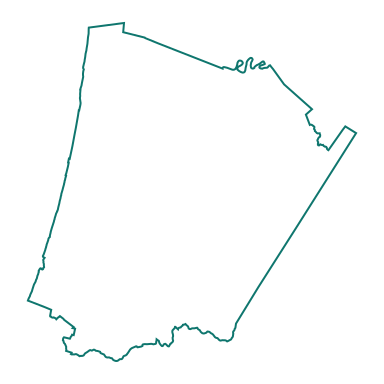 Horowhenua District, Manawatu-Wanganui, New Zealand
{"feature_id": "76426892B7250308358266", "entity_name": "Horowhenua District", "entity_type": "district", "adm_level": 2, "iso_a3": "NZL", "parent_name": "New Zealand", "parent_adm1": "Manawatu-Wanganui", "projection": "orthographic", "projection_center": [175.297, -40.577], "detail": "fine", "context": "isolated", "style": "outline", "palette": "teal", "viewbox_px": 384, "rotation_deg": 0, "n_neighbors": 0, "source": "geoboundaries", "source_scale": "gbopen_adm2", "svg_char_len": 5734}
<svg xmlns="http://www.w3.org/2000/svg" viewBox="0 0 384 384"><path d="M236.0,323.6L258.5,286.9L295.4,229.0L356.1,133.1L345.3,126.4L342.8,129.7L328.4,150.2L327.9,149.9L327.0,148.9L326.9,148.7L326.8,147.7L326.2,146.9L325.6,146.6L325.0,146.7L323.8,146.0L323.0,144.9L322.4,145.1L321.5,144.9L320.3,144.3L320.0,144.4L319.4,145.3L318.7,145.4L318.3,145.3L317.9,144.8L318.1,144.2L317.9,143.8L318.2,142.2L317.9,141.8L317.4,140.5L317.4,140.1L318.0,139.1L318.2,138.4L319.1,137.2L319.8,136.9L320.2,135.9L320.1,134.6L319.6,133.6L319.6,133.3L317.6,133.4L316.8,133.0L315.4,131.4L314.9,131.1L314.8,129.9L314.0,128.9L314.3,127.9L314.4,127.0L313.5,126.0L313.1,125.9L312.4,125.2L311.2,124.7L310.4,124.6L309.8,124.9L305.9,114.6L312.0,109.2L284.1,84.4L273.0,69.0L271.1,66.7L270.1,65.3L269.3,65.5L267.6,67.4L267.1,67.7L264.5,67.9L263.0,68.3L262.3,68.7L260.6,68.4L260.0,68.1L259.6,67.8L259.4,67.4L259.5,66.7L260.2,65.7L263.8,64.5L264.8,63.9L264.6,63.2L263.7,61.6L263.1,61.4L262.3,61.7L259.7,63.7L257.7,64.8L256.8,65.1L254.8,66.7L254.3,67.4L254.3,67.9L253.6,68.4L252.8,68.6L251.5,68.2L251.0,67.4L250.7,65.4L251.2,62.4L251.9,61.3L252.6,59.7L252.6,59.3L252.1,58.4L251.6,58.0L250.6,57.9L250.0,58.2L249.0,59.0L248.2,59.8L247.1,61.3L246.8,62.0L246.6,62.8L246.5,64.5L245.7,67.6L245.3,70.3L245.0,71.1L244.5,72.0L243.9,72.4L242.9,72.6L242.2,72.5L240.6,71.9L238.8,70.8L237.5,69.6L237.3,69.1L237.5,67.9L238.1,66.9L239.2,66.2L240.4,65.7L241.9,64.6L242.6,63.7L242.8,62.9L242.6,62.3L242.1,61.5L241.1,60.8L240.3,60.6L239.3,60.6L238.9,60.8L238.1,61.6L237.5,62.8L237.2,64.6L236.4,67.2L235.3,69.0L234.3,69.6L233.1,69.8L232.1,69.6L227.2,67.8L224.3,67.1L223.5,67.1L223.0,67.4L222.6,67.9L222.6,68.6L158.5,43.5L145.2,38.1L144.8,37.6L123.2,32.2L124.0,23.0L88.8,27.6L88.7,28.7L88.6,33.8L88.0,37.3L87.4,43.9L86.7,47.9L86.3,50.9L86.0,51.8L85.8,52.9L85.6,53.5L85.2,57.0L84.7,59.8L84.5,61.6L83.9,63.8L83.3,66.4L83.2,66.7L83.1,68.0L83.8,69.4L83.3,71.1L83.0,73.4L83.0,75.0L83.2,76.8L81.9,83.1L81.5,85.6L80.7,87.9L80.3,89.3L80.5,89.3L80.1,94.0L80.2,96.0L79.9,98.1L80.6,103.0L80.4,104.8L79.2,110.4L78.8,110.3L78.0,115.7L75.9,127.6L74.6,134.3L72.4,146.2L69.7,158.9L68.9,158.6L68.6,160.1L68.1,162.5L68.7,162.6L68.7,162.8L67.9,166.7L66.2,173.6L65.9,174.2L65.6,175.4L66.1,175.6L65.9,176.5L65.4,178.0L65.0,180.1L64.7,180.7L64.4,182.7L64.1,183.4L64.1,184.0L63.7,185.5L63.0,188.0L62.5,190.0L61.3,194.0L61.2,195.3L60.9,196.1L60.4,198.7L59.8,200.7L59.3,203.4L58.3,207.3L57.8,209.9L57.5,210.4L57.2,211.4L57.0,211.5L57.0,211.8L56.1,213.6L55.5,215.8L54.7,218.2L54.6,219.1L54.1,220.5L53.9,221.6L51.7,228.4L50.7,231.9L50.6,232.7L49.9,235.5L49.9,236.0L49.8,236.4L49.9,236.9L48.9,237.9L48.4,238.9L48.2,240.3L47.7,241.6L47.5,242.3L46.6,244.7L46.5,245.6L46.1,246.7L46.1,247.2L45.5,248.8L45.3,249.8L43.7,254.4L42.9,256.0L42.9,256.4L43.0,256.8L44.6,257.8L43.4,259.5L43.2,260.0L43.5,261.4L43.4,262.4L43.9,264.1L43.8,265.1L44.1,267.2L43.9,267.5L43.3,267.9L43.1,269.0L42.6,269.4L42.3,269.5L41.6,269.2L41.0,268.4L40.6,268.3L40.0,268.6L38.8,270.6L38.6,271.1L38.8,271.5L38.8,272.0L38.4,273.0L38.1,274.4L37.5,275.5L36.8,278.5L36.0,280.0L35.6,281.6L34.0,284.5L32.6,288.8L31.9,291.3L30.5,294.2L30.0,295.6L29.9,296.2L28.7,298.4L27.9,300.6L45.2,307.3L51.2,309.8L50.1,315.8L50.2,316.4L50.3,316.5L51.0,316.6L51.4,317.2L52.2,317.5L53.0,317.7L53.7,317.4L55.3,318.2L55.6,318.3L56.3,319.3L58.1,317.5L59.1,316.8L59.3,316.8L59.5,316.4L59.9,316.1L63.4,318.8L64.1,319.8L73.7,327.1L72.7,328.1L75.1,328.7L73.7,335.1L72.1,334.7L71.7,335.8L70.9,336.6L69.9,338.7L64.0,337.3L63.2,338.3L62.9,340.3L63.6,341.1L63.6,341.6L63.9,342.8L65.0,344.0L66.2,346.8L66.1,348.3L66.4,350.1L66.2,350.5L66.1,350.9L71.7,352.7L71.6,353.4L71.0,354.1L71.5,354.4L74.6,354.4L75.6,354.1L76.1,354.1L77.2,354.6L78.7,355.5L79.2,356.0L79.6,356.2L80.4,355.9L81.1,356.0L81.9,355.8L82.3,355.9L83.5,355.5L83.9,355.1L84.8,353.7L85.2,353.3L87.3,352.0L89.6,350.3L90.2,350.1L91.9,350.6L93.6,349.7L94.6,349.8L95.7,350.7L97.6,351.0L100.1,351.8L100.6,353.1L104.0,354.5L105.1,356.1L105.6,356.8L106.3,357.2L107.2,357.5L109.1,357.4L110.7,358.1L111.7,358.2L112.1,358.4L113.0,359.7L113.7,360.2L115.4,360.9L116.8,361.0L117.8,360.7L119.8,359.2L121.6,359.1L122.1,358.8L122.5,358.3L123.5,356.3L124.1,355.9L125.7,355.4L126.6,354.7L127.0,354.3L127.2,353.8L127.9,353.0L130.1,349.6L130.8,348.9L131.9,348.1L136.1,346.3L136.7,346.4L137.3,347.2L137.6,347.3L141.1,346.6L142.4,346.0L142.5,344.9L142.8,344.5L143.9,344.2L144.9,344.1L147.0,344.2L150.5,343.9L151.8,343.9L153.4,344.3L155.4,343.9L155.9,343.6L156.2,342.5L156.2,341.7L156.5,340.7L156.6,339.3L157.9,340.3L158.8,340.8L159.1,342.0L159.6,343.4L160.8,345.0L161.8,346.0L162.3,346.1L162.8,345.9L163.2,345.5L163.7,344.4L164.5,344.0L165.2,343.8L165.6,344.0L166.7,345.0L167.7,346.1L168.5,346.4L169.0,346.3L170.3,343.9L170.7,343.8L170.8,343.5L172.5,342.1L173.0,341.2L173.1,340.6L172.8,339.6L172.6,337.8L172.7,337.3L173.0,336.7L173.1,335.8L172.9,334.2L172.4,332.6L172.3,331.1L172.6,330.3L174.8,327.9L175.0,326.9L175.5,326.9L176.0,327.5L178.0,329.3L178.2,328.4L178.4,328.2L179.3,327.7L180.7,327.4L181.3,326.6L182.7,325.5L182.9,324.8L184.5,324.5L185.5,324.0L186.2,324.9L187.7,326.1L188.1,326.6L188.7,328.5L189.5,329.0L190.5,329.1L192.2,328.3L194.5,328.3L197.1,327.7L197.4,327.9L197.7,328.7L198.4,329.4L199.8,330.2L200.5,331.5L201.0,332.1L202.3,333.2L203.5,333.5L204.4,333.4L206.3,332.7L207.3,331.6L207.7,331.5L209.5,331.9L210.9,333.2L211.8,333.6L213.0,334.5L214.8,336.9L215.2,337.3L216.3,337.9L217.5,338.1L219.0,339.8L219.8,340.4L220.6,340.6L222.3,340.2L225.2,340.3L226.3,340.7L227.1,341.4L227.5,341.3L231.1,339.4L231.8,338.0L232.4,337.4L232.9,336.3L233.2,334.1L233.3,333.7L233.1,333.0L233.1,332.5L233.2,331.7L233.4,331.3L234.1,330.6L234.5,329.8L234.7,328.8L235.1,328.3L235.4,327.8L236.0,323.6Z" fill="none" stroke="#0f766e" stroke-width="2"/></svg>